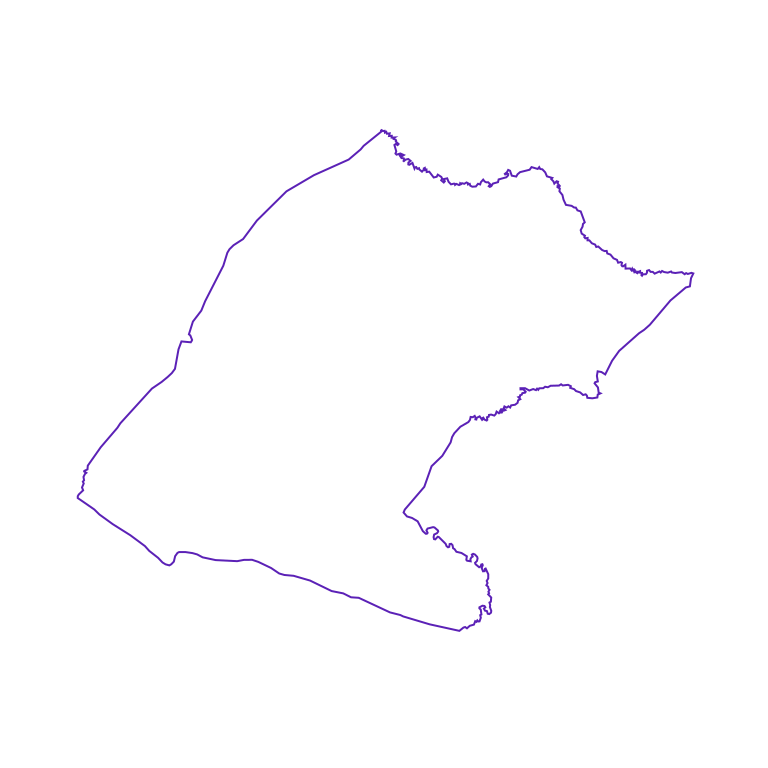 Kaset Wisai, Roi Et, Thailand (orthographic projection), rotated 210°
{"feature_id": "78962969B16569105271651", "entity_name": "Kaset Wisai", "entity_type": "district", "adm_level": 2, "iso_a3": "THA", "parent_name": "Thailand", "parent_adm1": "Roi Et", "projection": "orthographic", "projection_center": [103.508, 15.604], "detail": "fine", "context": "isolated", "style": "outline", "palette": "violet", "viewbox_px": 768, "rotation_deg": 210, "n_neighbors": 0, "source": "geoboundaries", "source_scale": "gbopen_adm2", "svg_char_len": 6166}
<svg xmlns="http://www.w3.org/2000/svg" viewBox="0 0 768 768"><g transform="rotate(210 384 384)"><path d="M195.3,207.9L193.4,212.8L192.2,214.1L190.0,213.9L188.8,217.5L185.8,220.6L186.4,224.2L185.1,224.2L185.0,225.9L183.7,225.4L182.6,226.2L183.3,230.0L185.1,231.9L184.4,233.1L187.4,237.0L189.2,237.4L189.7,238.3L187.9,241.2L186.0,242.0L184.6,241.3L185.2,239.4L183.2,238.2L181.3,238.8L179.3,236.9L177.8,237.4L177.0,239.5L177.7,241.2L180.8,243.8L181.5,245.6L183.4,247.5L182.6,248.9L184.4,252.7L188.6,253.9L188.4,255.4L189.7,256.3L189.7,258.5L191.3,259.0L192.4,260.5L194.7,260.9L194.8,263.4L196.6,264.8L196.5,267.7L198.6,271.4L203.7,275.0L204.2,274.3L203.3,272.2L204.6,271.3L207.4,273.5L207.9,276.5L208.7,277.1L209.5,276.3L209.1,274.4L210.0,272.9L214.6,273.7L215.7,274.6L215.0,277.3L215.8,279.8L216.9,280.9L220.0,281.8L221.9,281.5L222.6,280.2L220.9,278.9L221.6,277.6L221.6,275.5L220.3,273.8L223.7,272.5L224.8,272.9L226.1,276.2L232.4,276.4L237.4,274.9L240.4,276.3L242.0,276.3L244.1,278.7L245.9,279.2L247.1,278.2L246.1,275.6L246.9,274.6L248.8,274.9L250.7,276.4L260.1,278.9L261.1,278.6L261.9,275.1L263.1,274.7L264.5,276.2L265.3,278.7L263.5,281.3L263.3,283.3L264.0,284.1L268.5,285.0L269.9,284.6L274.0,280.6L274.1,278.5L271.8,276.9L272.0,275.8L273.0,275.2L276.8,276.0L286.2,281.9L292.8,282.0L297.9,280.8L302.8,282.5L303.2,285.7L297.7,315.1L301.7,336.6L297.6,350.9L297.1,366.7L298.5,372.1L298.5,376.5L296.5,385.2L291.9,393.2L291.6,395.9L292.5,398.8L290.5,399.6L289.5,401.7L287.8,400.6L287.2,399.1L286.3,399.4L286.8,401.0L285.0,403.8L281.1,402.0L280.8,403.0L282.0,403.1L281.2,404.5L279.1,403.4L276.8,403.7L276.6,404.6L278.2,406.7L277.0,408.0L277.6,409.7L275.9,411.1L272.7,411.8L272.2,413.7L272.7,416.4L269.8,416.1L269.4,417.2L267.7,418.2L267.7,419.6L270.0,418.8L270.0,420.7L268.4,421.4L266.7,421.1L265.8,422.2L268.2,422.8L268.5,424.8L265.9,424.9L265.1,426.9L263.0,426.7L263.2,429.1L260.1,431.6L258.9,434.5L259.7,436.9L258.4,439.0L261.0,439.8L259.9,440.9L260.5,442.3L259.4,443.6L259.6,445.3L257.5,447.0L257.4,448.1L260.7,449.1L263.1,447.6L263.7,448.6L259.7,450.9L254.9,451.0L252.3,454.2L249.3,454.7L249.1,456.5L247.5,456.1L247.4,457.9L244.0,460.0L243.1,462.2L240.5,463.1L238.8,465.8L231.6,470.2L230.5,472.3L228.5,472.1L224.2,475.3L221.1,475.5L220.8,473.8L216.7,474.6L214.2,473.9L209.9,474.8L206.1,474.0L204.2,475.9L202.5,475.4L201.0,473.7L196.4,475.8L192.5,479.0L193.6,481.7L191.9,484.1L193.8,483.9L197.0,488.0L202.0,489.9L202.0,491.2L200.1,493.1L203.7,497.5L205.3,501.8L201.7,503.1L197.2,502.9L198.1,518.2L196.9,530.3L188.5,555.5L185.8,561.0L183.4,568.2L177.7,599.6L170.9,618.5L167.9,621.5L171.0,629.1L171.4,634.4L173.3,634.0L175.9,631.2L177.8,631.1L178.5,629.4L182.0,629.8L187.2,625.8L190.4,624.5L191.6,625.0L193.9,622.3L197.4,621.0L199.7,620.9L200.1,618.9L201.7,619.2L204.8,614.9L207.3,615.5L209.2,614.4L211.4,615.2L212.8,613.6L211.9,611.8L212.1,610.0L214.6,608.5L214.7,606.8L215.5,607.0L216.2,609.2L218.1,608.4L218.7,609.7L220.0,608.1L221.7,607.6L219.8,607.3L220.0,606.6L222.2,606.8L223.0,605.9L224.1,606.9L223.6,608.0L224.8,608.3L225.2,606.9L226.7,608.0L226.6,606.2L228.7,607.1L232.5,604.7L234.6,608.0L235.8,605.4L236.6,605.1L237.8,605.7L238.5,608.0L239.9,608.0L241.9,606.1L244.3,608.0L248.1,607.6L252.6,609.3L255.9,608.7L257.7,610.6L259.4,609.4L262.1,609.1L267.2,610.2L268.7,608.8L270.8,610.3L274.4,609.8L278.0,611.1L279.6,610.2L280.7,612.3L282.5,610.8L284.0,611.4L284.1,612.9L288.0,613.1L290.6,615.6L290.7,619.5L291.7,622.1L291.0,624.4L299.9,631.8L303.3,631.1L306.1,632.7L307.5,631.9L310.6,632.1L316.0,630.1L320.7,633.4L324.0,636.9L328.4,638.6L329.5,641.2L332.2,641.2L332.6,642.1L330.9,642.5L330.8,643.4L334.0,644.5L334.4,646.2L335.9,645.9L336.7,642.7L338.6,644.2L341.6,645.1L341.3,646.6L346.7,645.3L350.2,647.9L354.2,649.1L356.2,648.3L358.0,649.4L358.4,647.1L364.7,645.6L365.0,642.4L372.1,635.5L373.2,632.4L373.2,629.8L377.5,628.3L381.5,631.7L383.5,631.5L383.4,628.9L384.4,626.4L383.8,626.1L382.5,627.8L381.4,628.0L380.8,626.7L381.4,624.2L387.0,618.5L386.2,615.8L389.9,612.0L390.0,609.0L390.9,607.6L392.2,607.7L391.9,610.1L394.7,610.8L396.2,609.8L398.1,609.7L400.3,610.6L401.0,607.2L400.5,604.9L402.7,604.4L403.2,601.0L406.2,599.0L408.5,598.9L409.8,600.2L411.1,598.8L411.8,599.9L413.3,599.8L414.6,597.5L416.8,596.9L417.0,595.9L418.4,596.0L417.9,594.5L418.5,593.8L421.3,593.5L422.0,592.0L422.7,592.8L423.5,592.6L425.8,590.4L429.2,591.4L432.1,593.7L434.9,591.2L432.7,590.0L433.0,588.4L436.3,589.0L436.3,590.9L437.9,592.0L442.1,592.2L442.0,589.8L444.2,587.7L451.0,590.5L453.0,588.9L454.5,591.0L455.4,590.1L456.7,591.6L457.3,590.6L455.9,589.3L457.1,588.4L457.3,586.9L460.7,587.5L461.6,588.4L462.7,587.0L464.6,588.0L465.4,587.2L465.3,585.8L469.9,589.7L471.7,586.5L472.7,586.3L473.6,588.0L472.5,590.5L475.5,591.0L477.5,589.1L478.5,586.2L478.8,588.6L479.7,589.3L481.8,588.4L484.5,589.7L484.2,590.6L482.2,590.5L481.3,592.2L485.1,591.8L487.8,588.9L489.3,589.3L489.7,591.6L494.5,596.2L493.8,597.8L491.7,597.7L491.4,599.1L495.0,599.9L495.3,601.0L496.1,601.4L498.4,601.0L498.8,601.5L498.1,602.8L500.6,601.2L501.4,602.8L503.6,601.3L504.4,603.9L506.6,602.2L508.1,603.5L508.9,602.2L510.0,603.6L511.5,602.5L513.0,602.7L513.3,602.0L512.6,601.1L520.7,580.1L521.5,575.5L526.8,560.7L549.1,529.8L564.8,502.1L575.8,462.0L578.5,439.1L583.7,428.9L585.2,423.5L585.3,419.4L582.3,406.1L580.3,366.3L578.9,356.2L580.7,342.5L577.8,329.5L576.0,329.2L572.2,326.2L572.1,325.0L572.2,323.5L580.7,319.6L579.3,311.3L572.6,292.6L573.2,287.4L574.8,282.1L577.6,274.6L582.7,264.0L592.7,218.1L593.0,212.8L597.7,187.6L599.7,165.2L598.1,161.8L600.1,158.9L599.9,158.3L597.4,158.2L598.0,156.6L597.8,153.3L595.6,150.6L596.0,148.9L594.3,147.7L593.8,143.4L591.4,141.5L593.1,135.7L593.1,133.7L592.2,132.1L572.2,130.5L565.2,128.7L548.8,127.0L528.1,126.2L510.0,124.1L503.9,122.1L492.7,120.5L486.6,118.7L483.0,118.6L479.2,119.6L478.1,121.5L477.2,125.1L478.8,130.5L478.4,134.5L477.4,136.0L472.1,139.1L465.3,141.8L460.6,143.0L454.4,143.2L441.8,147.3L422.5,157.2L417.3,161.7L410.3,165.8L403.9,167.1L389.8,168.2L380.0,167.5L374.8,168.8L366.4,172.7L349.8,176.8L325.8,178.5L314.6,182.3L305.9,182.8L299.0,186.2L264.6,189.2L254.3,192.1L251.2,192.3L224.3,198.7L195.3,207.9Z" fill="none" stroke="#5b21b6" stroke-width="2"/></g></svg>